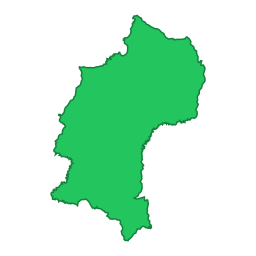 Otanche, Boyacá, Colombia (Mercator projection)
{"feature_id": "7082276B30571260064971", "entity_name": "Otanche", "entity_type": "district", "adm_level": 2, "iso_a3": "COL", "parent_name": "Colombia", "parent_adm1": "Boyacá", "projection": "mercator", "projection_center": [-74.209, 5.744], "detail": "fine", "context": "isolated", "style": "filled", "palette": "green", "viewbox_px": 256, "rotation_deg": 0, "n_neighbors": 0, "source": "geoboundaries", "source_scale": "gbopen_adm2", "svg_char_len": 5815}
<svg xmlns="http://www.w3.org/2000/svg" viewBox="0 0 256 256"><path d="M151.4,227.7L151.2,225.6L150.6,224.6L150.0,224.4L149.5,223.2L149.8,221.1L148.6,220.3L148.2,219.2L148.2,217.1L148.8,216.0L148.4,214.4L147.4,213.9L147.0,213.0L147.5,210.2L147.1,209.2L148.3,204.0L147.7,200.2L147.0,199.8L145.4,200.8L144.6,200.5L144.3,197.0L137.9,198.9L136.4,199.0L134.2,198.1L137.9,196.0L138.9,193.4L140.3,192.5L141.1,191.3L142.1,188.2L141.9,183.9L140.3,181.7L141.9,178.7L141.5,177.5L141.9,176.4L141.1,172.7L141.1,171.0L141.5,170.0L142.4,169.7L143.1,168.6L142.3,166.8L143.6,165.6L143.4,164.8L141.7,163.3L141.3,161.7L142.4,159.2L141.7,157.7L142.0,157.5L142.2,155.7L141.5,154.3L141.9,153.4L141.5,152.2L142.5,151.6L142.5,150.0L142.1,149.2L142.9,149.7L143.4,148.8L144.4,148.5L144.4,147.9L143.7,147.4L144.7,146.7L144.0,146.2L143.0,146.4L143.1,145.9L142.4,145.6L143.4,144.8L143.8,145.0L144.0,144.0L144.7,143.7L145.7,144.1L145.5,143.6L146.0,143.4L145.9,143.0L145.4,142.8L145.5,141.8L145.9,141.3L146.3,141.8L146.2,140.8L147.1,141.1L147.3,141.8L148.5,141.2L147.9,140.1L149.7,139.9L149.5,138.6L149.9,137.8L149.0,136.9L149.5,136.4L150.7,136.4L150.5,135.8L150.8,135.0L151.4,134.9L151.0,133.3L152.0,132.5L152.0,131.9L153.3,131.8L153.3,131.3L152.1,130.4L153.5,128.4L154.0,128.4L153.7,129.3L154.8,129.3L155.1,128.7L155.9,129.0L156.6,128.5L156.6,128.0L157.6,127.7L157.8,126.6L158.6,126.1L158.6,125.0L159.7,125.0L160.9,124.1L162.2,124.3L162.5,124.8L162.9,124.2L162.8,123.1L164.0,123.0L164.7,122.5L165.0,122.6L165.1,123.4L166.2,122.9L166.6,124.0L167.0,123.3L168.0,123.1L168.6,124.5L169.2,123.9L169.8,124.4L171.8,124.7L172.3,124.4L172.8,125.0L173.4,124.5L175.2,124.9L176.4,123.9L177.2,121.8L179.3,121.6L179.8,120.5L181.1,122.8L181.7,123.0L182.2,121.9L183.5,122.3L183.5,121.0L184.9,122.3L185.1,120.5L187.5,120.3L187.6,119.3L188.2,119.9L189.0,119.2L189.9,120.0L191.6,118.0L193.7,117.9L194.4,118.3L195.8,117.4L196.9,115.6L197.2,113.6L197.0,111.5L196.0,110.4L195.9,109.6L198.2,104.6L198.1,103.9L196.8,102.2L197.6,100.3L197.3,96.5L199.2,93.7L199.4,90.3L201.5,88.0L202.2,85.0L203.2,83.2L204.6,81.8L205.0,80.5L204.9,78.1L203.4,74.3L204.8,69.7L204.9,68.1L204.6,67.0L203.1,64.9L201.6,65.4L200.7,65.0L201.7,60.8L200.7,60.8L199.3,62.4L198.3,62.3L197.8,59.9L198.1,56.7L197.2,55.4L196.6,53.4L196.5,50.9L194.7,49.9L194.1,49.0L193.9,47.2L192.9,46.0L190.7,44.5L190.4,44.1L190.9,41.6L188.8,38.3L188.0,38.1L187.2,37.1L186.3,37.1L185.0,38.7L182.2,39.3L175.9,39.4L174.9,40.0L173.6,38.9L171.9,38.5L168.6,39.1L166.2,37.6L165.0,36.4L163.7,33.4L161.9,32.6L158.9,29.6L157.7,29.0L154.7,28.6L150.9,26.7L148.2,24.8L146.5,24.3L144.9,22.0L142.1,20.9L141.3,18.2L139.6,17.5L137.0,15.4L136.2,15.9L134.1,16.0L132.8,17.9L133.0,18.5L133.5,18.1L135.2,19.2L135.3,19.6L134.4,20.4L134.4,22.2L134.1,22.4L133.7,21.8L133.3,21.9L133.0,23.3L132.3,23.7L132.6,25.9L130.5,29.2L131.2,30.9L130.7,32.1L130.8,33.5L128.2,37.0L126.5,37.9L125.2,37.7L123.8,38.6L124.6,39.5L123.4,40.1L124.3,40.8L124.5,43.2L126.9,44.9L127.7,46.5L127.6,50.8L127.1,52.7L125.6,54.6L123.7,55.6L121.7,55.7L120.6,54.6L119.6,52.3L118.9,52.5L118.2,53.9L113.9,54.0L113.7,54.7L114.0,55.4L113.0,55.1L112.7,56.4L112.2,56.7L111.1,56.2L110.6,57.1L109.7,57.3L109.7,58.0L111.1,58.9L110.8,59.5L109.4,58.7L108.4,59.0L107.2,58.7L107.9,59.8L106.8,60.1L106.9,61.5L106.1,61.5L105.9,61.9L105.9,62.9L106.6,63.9L103.7,64.3L102.5,66.1L101.1,65.9L97.8,66.9L96.5,66.8L94.2,67.7L91.7,67.8L90.3,67.5L88.7,67.7L85.4,67.5L83.9,66.8L81.3,67.4L79.5,66.9L79.3,67.9L81.4,71.2L81.9,72.9L81.2,75.7L82.4,78.7L82.1,79.9L81.5,80.7L80.4,84.9L76.3,88.0L75.4,95.6L74.2,96.7L73.6,98.8L72.5,99.9L71.1,100.3L70.3,101.0L67.7,105.4L65.5,107.4L64.6,109.7L64.2,112.3L63.0,113.7L62.3,115.1L61.6,115.2L60.0,114.4L58.8,114.5L58.7,115.3L60.1,115.8L60.7,117.4L59.6,119.3L59.5,120.9L61.4,122.7L62.7,122.9L63.2,124.0L64.2,124.0L64.3,124.8L65.4,126.3L65.3,127.0L63.9,128.0L62.5,130.5L62.3,133.9L59.8,134.7L58.5,136.3L58.4,138.0L57.8,139.1L55.3,141.1L55.3,141.6L56.5,142.7L55.6,143.7L56.1,146.7L53.9,149.9L54.1,151.5L55.9,152.5L55.4,154.6L57.0,153.3L59.0,153.3L60.1,154.3L59.3,155.3L61.0,155.5L61.5,156.7L64.0,156.4L65.8,157.2L67.3,156.8L67.5,158.0L68.7,158.0L69.1,159.3L69.9,158.4L70.7,158.2L70.9,158.5L70.7,159.4L72.1,160.1L71.2,161.2L71.2,162.0L72.9,163.0L72.0,163.1L71.9,164.0L71.3,164.2L71.4,165.6L69.8,166.0L69.5,166.4L69.6,167.0L70.9,167.8L69.2,168.6L69.5,170.3L68.2,170.9L67.6,171.8L68.5,174.6L68.0,174.7L67.2,174.1L66.8,174.5L66.7,175.9L67.7,176.0L68.0,176.5L67.6,178.5L66.4,177.6L65.9,177.8L66.3,178.8L67.4,179.5L66.6,181.2L66.7,182.2L65.3,183.2L64.1,182.0L63.2,182.7L61.8,182.1L61.1,183.2L62.1,184.1L61.3,184.3L59.8,185.6L58.8,187.2L57.7,187.4L57.2,188.0L56.3,187.6L56.0,188.6L56.6,189.8L56.4,190.1L54.9,190.4L54.4,189.3L54.0,189.3L53.1,190.2L53.6,192.0L51.6,192.4L51.0,193.7L51.6,195.8L52.6,196.2L52.4,196.9L52.7,197.2L52.4,198.0L52.6,199.2L55.3,199.6L55.5,198.7L57.0,199.1L58.2,200.0L58.8,201.7L59.3,201.0L60.4,200.8L62.5,201.6L62.5,200.7L63.0,200.5L63.9,201.1L63.9,202.1L64.4,202.2L64.6,203.0L65.6,203.0L65.4,202.5L65.9,202.2L68.6,203.6L69.5,203.2L70.6,203.9L71.4,203.2L73.9,203.6L77.0,204.8L77.1,205.4L77.5,205.7L78.3,201.6L79.3,201.4L80.9,199.8L84.9,199.4L85.9,199.0L88.7,201.5L92.4,208.0L94.8,208.1L94.8,208.7L96.5,208.0L97.0,206.9L97.7,208.3L100.6,208.8L102.2,209.8L103.0,210.8L104.3,211.0L105.2,212.4L108.1,213.0L108.0,214.5L106.8,216.0L108.3,216.8L109.9,218.8L112.2,219.2L115.3,218.7L117.3,220.0L119.4,220.0L120.5,221.4L120.2,223.7L122.0,226.0L122.7,228.1L122.5,229.7L121.3,231.2L122.1,234.6L124.1,236.9L124.0,239.2L124.7,240.1L125.8,240.5L128.2,240.6L128.7,239.4L130.0,238.7L132.2,236.4L133.9,233.7L135.7,233.1L137.4,228.9L140.0,229.1L140.8,228.2L141.0,227.3L143.0,226.3L144.9,226.7L145.4,227.5L146.3,227.8L147.1,227.5L147.7,228.2L148.8,228.2L148.8,227.2L149.5,226.5L150.0,226.9L150.4,228.4L151.4,227.7Z" fill="#22c55e" stroke="#15803d" stroke-width="1.5"/></svg>